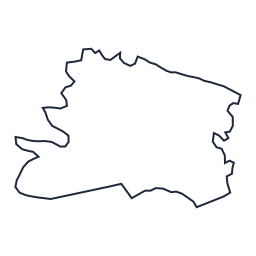 outline of Belmonte, Santa Catarina, Brazil
{"feature_id": "56859067B29465738256221", "entity_name": "Belmonte", "entity_type": "district", "adm_level": 2, "iso_a3": "BRA", "parent_name": "Brazil", "parent_adm1": "Santa Catarina", "projection": "natural_earth1", "projection_center": [-53.624, -26.854], "detail": "fine", "context": "isolated", "style": "outline", "palette": "slate", "viewbox_px": 256, "rotation_deg": 0, "n_neighbors": 0, "source": "geoboundaries", "source_scale": "gbopen_adm2", "svg_char_len": 1462}
<svg xmlns="http://www.w3.org/2000/svg" viewBox="0 0 256 256"><path d="M42.8,107.9L45.4,112.5L47.8,119.7L52.2,125.9L57.2,128.4L63.2,131.6L68.4,135.6L68.6,141.9L65.3,146.5L60.1,146.5L56.0,144.2L51.5,141.9L44.5,141.0L38.3,141.3L31.9,140.8L27.4,139.9L22.7,138.2L15.5,137.0L16.3,144.2L22.2,149.2L27.6,150.7L33.2,151.9L38.5,156.7L34.0,158.7L28.2,161.6L23.2,167.3L19.6,174.7L16.7,180.4L15.4,187.0L19.6,192.7L26.2,195.3L31.7,196.4L38.3,197.5L46.1,198.4L50.7,199.0L110.0,186.4L121.3,183.8L128.0,193.0L131.7,198.2L145.0,190.7L150.5,190.7L155.7,188.1L163.0,188.6L171.3,192.2L176.0,191.6L181.9,193.6L188.1,197.9L193.3,201.5L196.6,207.2L223.4,196.6L230.2,192.6L227.4,183.5L226.7,176.4L231.9,173.8L232.4,168.4L233.8,162.7L229.5,160.7L225.0,163.0L224.8,155.4L221.7,148.8L216.5,147.2L212.8,141.6L213.9,133.0L219.1,135.6L224.0,140.7L228.4,138.1L225.3,132.4L229.8,131.6L232.8,125.9L232.8,117.0L227.5,110.8L229.5,105.6L233.3,103.1L238.1,103.9L240.6,95.1L223.6,86.2L216.8,84.2L210.9,82.3L204.2,80.8L199.4,78.5L193.6,77.1L188.5,76.2L182.6,74.5L175.5,72.3L170.8,72.3L166.6,70.8L161.4,67.9L155.7,64.3L150.0,62.6L144.3,59.1L137.7,56.6L135.0,63.6L130.3,65.9L124.0,63.0L119.9,58.3L120.2,52.8L114.9,56.6L110.5,59.9L105.1,59.1L102.2,55.4L99.2,50.5L95.1,53.0L91.3,48.8L83.2,49.4L81.2,60.3L74.3,61.7L66.9,62.6L66.0,71.4L69.1,76.2L74.5,81.4L71.0,85.6L65.5,87.3L61.3,93.1L66.3,100.2L66.9,105.9L60.5,108.5L53.6,107.6L48.7,107.3L42.8,107.9Z" fill="none" stroke="#1e293b" stroke-width="2"/></svg>